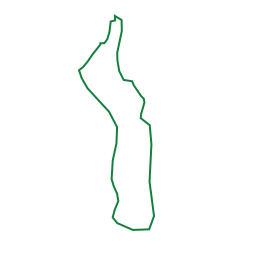 outline of Ayion Oros, rotated 37°
{"feature_id": "GRC-2992", "entity_name": "Ayion Oros", "entity_type": "Autonomous Monastic State", "adm_level": 1, "iso_a3": "GRC", "parent_name": "Greece", "parent_adm1": "", "projection": "equal_earth", "projection_center": [24.14, 40.287], "detail": "fine", "context": "isolated", "style": "outline", "palette": "green", "viewbox_px": 256, "rotation_deg": 37, "n_neighbors": 0, "source": "natural_earth", "source_scale": "10m", "svg_char_len": 662}
<svg xmlns="http://www.w3.org/2000/svg" viewBox="0 0 256 256"><g transform="rotate(37 128 128)"><path d="M55.0,77.0L58.1,74.4L58.0,69.6L55.7,63.1L50.1,53.3L53.0,49.8L50.1,46.4L57.9,45.6L64.7,54.3L74.1,74.4L78.7,80.2L86.7,87.8L95.6,92.2L103.2,88.2L107.2,90.5L118.9,94.5L123.0,95.2L125.7,97.6L130.1,109.0L132.3,112.5L143.7,112.7L156.5,126.9L177.5,157.9L201.8,182.7L205.9,196.2L193.2,206.5L176.8,210.4L169.6,208.7L166.6,201.2L164.2,192.1L158.6,186.9L151.7,183.1L145.7,178.7L135.4,163.2L128.0,147.2L118.8,133.9L103.1,126.4L72.0,120.7L60.9,116.0L54.1,111.3L55.4,106.5L55.8,99.6L55.4,91.2L55.7,78.3L55.0,77.0Z" fill="none" stroke="#15803d" stroke-width="2"/></g></svg>